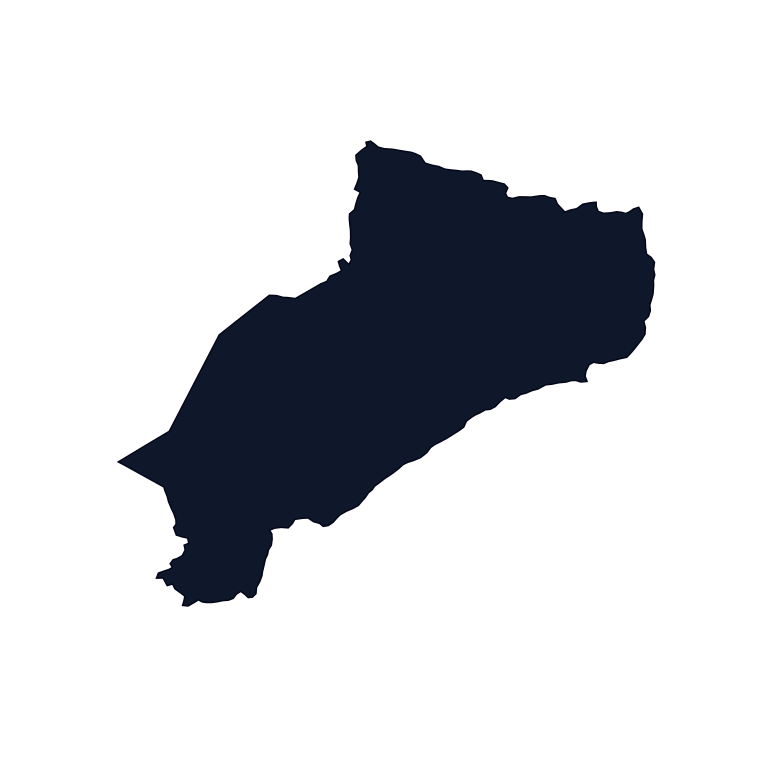 outline of Wenceslau Guimarães, Bahia, Brazil, rotated 130°
{"feature_id": "56859067B63316826546046", "entity_name": "Wenceslau Guimarães", "entity_type": "district", "adm_level": 2, "iso_a3": "BRA", "parent_name": "Brazil", "parent_adm1": "Bahia", "projection": "mercator", "projection_center": [-39.62, -13.619], "detail": "fine", "context": "isolated", "style": "filled", "palette": "ink", "viewbox_px": 768, "rotation_deg": 130, "n_neighbors": 0, "source": "geoboundaries", "source_scale": "gbopen_adm2", "svg_char_len": 3259}
<svg xmlns="http://www.w3.org/2000/svg" viewBox="0 0 768 768"><g transform="rotate(130 384 384)"><path d="M141.8,236.0L135.1,240.9L131.5,244.2L126.4,246.7L122.8,251.3L116.9,255.0L115.3,260.6L115.7,266.4L111.5,271.2L105.7,276.5L102.9,280.6L99.5,286.3L93.3,291.3L87.7,295.2L84.9,302.5L89.6,305.4L94.2,306.6L97.9,308.3L99.9,312.5L102.5,316.5L107.1,320.3L112.1,325.5L114.1,330.8L111.8,335.2L108.4,338.4L112.6,342.5L118.5,347.3L125.9,349.1L131.1,353.2L136.0,356.0L135.3,362.1L134.7,366.8L132.0,372.2L134.6,376.7L136.6,382.1L139.8,385.7L142.8,388.4L146.2,391.4L149.3,395.3L153.8,400.8L159.3,404.9L161.7,409.5L159.7,413.6L154.2,415.2L153.5,420.4L156.4,426.4L158.6,431.2L161.2,434.9L164.4,438.7L161.5,444.0L162.9,448.8L165.0,454.1L167.7,457.5L170.8,460.9L173.5,465.2L176.8,470.0L180.2,475.3L182.2,481.9L185.3,487.4L188.4,494.5L186.0,502.5L187.5,508.2L189.1,512.2L192.1,517.1L194.6,521.3L198.6,528.2L203.7,535.2L206.3,540.8L206.3,545.9L206.6,550.4L210.4,553.2L213.0,549.8L219.1,551.4L226.8,552.6L230.4,549.1L233.2,543.9L237.9,539.8L241.7,536.1L247.3,533.8L253.7,531.8L252.4,525.3L258.1,523.8L264.0,521.3L269.4,518.7L275.9,519.7L279.6,516.9L283.9,512.6L287.7,508.5L293.2,503.7L298.3,500.0L301.6,494.5L307.3,492.5L309.9,488.8L315.1,487.8L314.4,495.7L319.5,497.7L322.1,493.9L324.4,489.4L329.7,491.3L336.1,494.7L342.3,493.8L347.9,496.8L351.8,498.2L375.6,506.9L379.6,513.2L382.6,517.1L385.2,522.9L389.7,528.8L431.2,537.5L452.3,541.8L558.3,518.1L586.5,527.9L614.5,537.5L612.7,529.1L604.4,486.5L606.8,482.8L609.1,478.3L612.7,473.3L616.0,466.9L618.3,461.8L621.8,456.1L625.1,453.1L629.2,452.9L633.2,446.0L630.9,440.5L628.2,435.3L631.6,431.2L635.9,433.5L639.0,429.6L645.2,428.2L650.7,430.3L654.2,432.6L659.1,432.3L660.5,428.2L664.5,429.6L668.1,431.9L673.9,435.3L679.0,433.5L674.6,428.5L677.8,420.5L673.1,417.4L675.3,412.5L674.7,404.9L674.6,400.1L678.9,397.8L683.1,396.0L680.0,391.4L672.6,388.7L668.7,387.5L667.8,383.2L665.5,379.5L662.5,375.9L657.8,371.6L653.6,368.3L649.6,364.2L645.1,361.7L639.8,362.0L634.9,360.4L634.6,355.0L634.9,350.7L631.8,347.8L626.9,347.3L621.8,350.9L615.4,352.1L609.5,354.2L605.6,356.6L600.0,359.4L594.2,362.4L589.5,363.6L585.6,365.8L579.9,366.7L574.7,370.0L570.9,373.6L569.6,377.7L564.7,375.1L559.9,370.6L555.8,364.9L549.6,364.5L545.0,365.3L539.2,360.1L535.4,356.0L534.8,349.6L532.1,343.6L532.2,339.1L528.3,335.7L522.7,334.1L517.4,334.0L512.5,333.6L505.7,331.1L498.7,327.6L493.5,325.6L489.1,325.6L483.2,325.4L477.4,326.0L472.8,325.1L468.3,325.5L459.9,323.5L455.5,322.6L451.4,321.3L446.4,319.9L438.9,318.3L433.5,317.6L428.8,315.5L424.0,312.4L416.9,308.7L409.0,307.1L402.6,307.5L397.5,306.1L391.2,303.4L385.4,301.1L377.7,298.6L371.4,296.6L365.7,295.2L359.5,297.0L352.6,295.4L348.8,294.1L345.0,292.2L338.8,289.9L335.0,286.3L329.7,284.2L323.3,283.8L316.4,282.6L315.0,278.3L311.0,274.3L304.3,272.6L299.6,269.3L293.9,266.4L288.8,262.8L280.8,259.7L276.4,255.4L271.1,251.3L265.5,245.8L260.8,242.6L257.9,239.2L255.9,234.4L251.5,230.1L248.8,234.9L244.3,237.6L237.3,239.3L232.6,237.4L230.4,233.5L227.0,228.9L222.6,226.6L217.7,222.8L213.1,219.6L207.5,215.2L201.3,214.8L196.4,214.8L190.0,215.0L183.9,215.2L178.1,216.1L172.8,220.0L168.8,225.5L162.4,224.8L156.6,227.1L152.6,231.2L147.1,233.5L141.8,236.0Z" fill="#0f172a" stroke="#020617" stroke-width="1.5"/></g></svg>